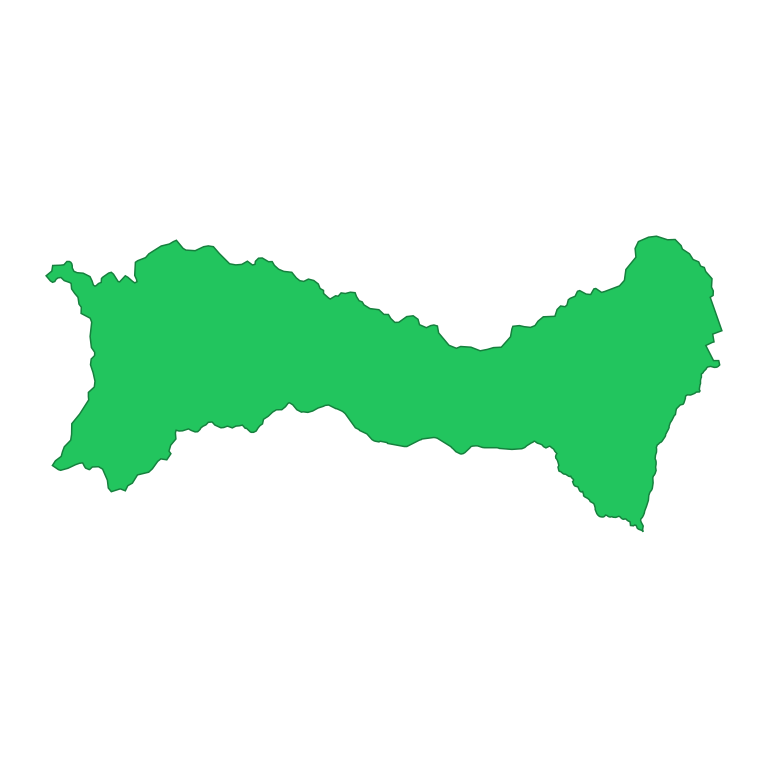 the district of Guichón, Paysandú, Uruguay
{"feature_id": "84410073B13799426117968", "entity_name": "Guichón", "entity_type": "district", "adm_level": 2, "iso_a3": "URY", "parent_name": "Uruguay", "parent_adm1": "Paysandú", "projection": "robinson", "projection_center": [-56.915, -32.321], "detail": "fine", "context": "isolated", "style": "filled", "palette": "green", "viewbox_px": 768, "rotation_deg": 0, "n_neighbors": 0, "source": "geoboundaries", "source_scale": "gbopen_adm2", "svg_char_len": 6061}
<svg xmlns="http://www.w3.org/2000/svg" viewBox="0 0 768 768"><path d="M390.8,318.5L388.4,314.5L383.9,314.4L378.9,309.7L370.0,308.6L364.0,304.9L362.2,301.9L359.1,300.7L356.5,296.6L355.1,292.7L350.4,292.2L345.4,293.5L341.1,292.9L338.2,296.2L335.6,295.8L330.2,299.0L328.6,298.0L323.6,293.5L323.5,290.4L320.1,288.5L318.3,284.0L313.8,280.5L308.4,279.1L303.8,281.4L299.8,280.7L296.3,277.9L291.8,272.3L283.8,271.4L278.6,269.2L274.4,265.4L272.2,261.6L268.5,261.7L262.3,258.0L258.5,258.2L255.4,261.3L255.0,264.3L252.5,265.0L247.4,261.2L241.8,264.4L235.7,264.9L229.6,263.8L219.3,253.5L213.4,246.7L208.3,245.9L203.7,246.7L195.2,250.7L185.9,250.1L183.0,248.3L176.4,240.3L173.4,241.6L169.4,244.0L161.2,246.0L149.0,253.7L145.6,257.6L137.7,260.7L135.4,262.3L134.7,275.4L136.5,279.4L137.0,281.7L134.8,282.9L132.7,281.5L127.9,277.3L125.3,275.8L119.6,281.9L118.1,281.5L113.5,274.2L111.3,272.3L108.6,273.1L102.6,277.3L101.5,278.5L101.2,282.4L98.5,283.5L96.3,285.5L95.0,286.2L93.4,285.1L92.1,281.0L90.0,276.6L83.2,273.2L77.1,272.7L73.9,271.3L72.3,268.0L72.2,265.5L71.8,263.8L70.8,262.3L69.4,261.5L66.9,261.5L63.9,264.8L60.6,265.2L52.7,265.5L51.8,271.1L46.1,275.8L50.4,280.9L52.6,282.3L54.8,281.5L56.1,279.3L58.0,277.9L61.0,277.5L64.2,280.6L69.6,282.5L71.1,283.4L71.6,288.9L74.7,293.4L78.0,297.3L79.0,304.1L81.3,307.2L81.1,313.4L90.2,318.2L91.7,322.2L90.1,336.5L91.4,347.5L94.7,352.3L94.6,355.6L91.2,359.0L90.5,364.8L93.1,372.6L95.0,381.2L94.3,387.0L88.4,392.4L88.4,396.7L88.7,399.9L79.7,414.0L71.8,423.7L71.6,434.3L70.7,440.2L64.3,446.8L62.5,451.7L61.2,456.4L55.4,460.8L52.4,465.5L58.4,469.6L60.6,470.3L67.9,468.3L75.5,464.7L79.4,463.3L82.3,462.9L82.7,463.0L84.6,466.7L85.6,468.1L89.2,469.6L89.7,469.5L92.3,467.0L98.5,466.7L102.6,469.1L107.4,480.2L108.3,488.0L111.3,491.7L119.7,489.0L120.7,489.0L125.3,490.8L127.8,485.7L132.4,483.1L137.5,474.9L148.7,472.2L152.4,468.8L157.7,461.4L160.8,458.9L166.8,459.8L170.9,453.7L169.0,451.1L170.7,445.2L175.9,439.0L175.4,432.9L176.1,430.2L179.0,431.0L182.6,430.8L188.5,428.9L191.2,430.4L195.1,431.9L197.7,431.7L200.0,429.5L200.7,428.1L202.9,426.3L206.0,424.8L208.3,422.3L211.9,422.0L212.4,422.3L214.8,425.0L220.9,427.8L223.8,427.5L227.2,426.2L228.3,426.4L232.3,427.9L235.9,426.1L239.4,425.8L242.4,425.1L245.2,428.3L246.5,428.3L250.3,431.9L251.2,432.3L253.6,432.3L256.2,431.0L258.1,427.9L260.0,425.6L262.5,423.9L263.5,419.3L268.3,416.2L272.6,412.1L276.4,409.8L281.8,409.7L285.5,406.7L287.9,403.5L288.6,403.0L289.5,402.8L292.7,404.7L296.8,409.7L301.4,412.1L303.2,411.8L307.8,412.4L312.7,411.0L318.1,408.0L323.4,406.3L325.2,405.4L328.6,405.0L336.0,408.7L336.8,408.7L341.8,411.0L343.1,411.8L345.2,413.6L355.4,427.8L358.3,429.2L359.3,429.8L359.5,430.4L366.9,433.9L372.0,439.6L374.2,440.9L375.7,441.3L379.0,441.9L380.2,441.2L387.2,442.6L387.5,443.4L404.2,446.5L406.9,446.5L419.5,440.1L421.5,439.5L421.9,439.0L433.5,437.5L435.2,437.6L437.3,438.2L451.3,446.9L451.4,447.4L452.9,448.6L455.9,451.7L460.2,453.8L461.2,454.0L463.2,453.6L464.9,452.6L469.7,448.1L470.8,446.7L472.5,446.1L476.0,445.8L477.7,445.9L482.6,447.5L484.5,447.7L496.8,447.7L498.6,448.0L499.2,448.4L511.9,449.4L521.9,448.7L524.8,447.5L526.8,445.7L531.3,442.9L532.9,442.2L533.9,441.3L534.6,441.2L537.3,443.1L540.5,444.1L542.1,444.9L543.5,446.6L545.9,447.9L549.4,446.2L550.4,446.5L551.5,447.6L553.6,449.0L554.8,451.2L556.9,453.6L556.1,454.8L555.6,456.5L555.8,458.1L556.8,459.3L557.6,460.9L558.5,464.0L558.8,465.6L558.0,467.1L558.7,470.2L559.2,471.3L560.6,471.6L562.9,473.5L564.0,474.1L565.6,474.2L568.6,476.2L569.8,476.5L570.8,476.2L571.3,477.4L573.5,479.5L573.4,480.8L572.6,481.6L573.7,484.6L574.6,485.8L576.3,486.5L577.8,486.7L579.7,490.9L581.2,492.0L582.6,491.5L583.6,494.6L583.6,495.8L584.7,496.8L587.7,498.4L589.5,500.0L590.2,501.5L592.9,503.0L594.1,504.1L595.2,507.9L595.2,509.6L596.8,513.6L597.8,515.0L599.4,516.4L601.2,516.9L603.1,517.0L604.5,516.4L605.5,515.1L606.9,515.4L608.0,516.3L609.3,516.9L610.5,517.0L612.0,516.6L613.0,517.2L615.8,517.4L618.7,516.3L619.9,516.7L621.2,518.1L622.4,519.0L623.8,519.3L625.0,518.8L626.3,519.3L627.4,520.5L630.1,521.9L630.5,525.5L633.5,525.8L634.6,525.0L636.1,525.4L637.4,528.4L639.0,529.4L641.9,530.4L643.2,531.8L642.6,529.5L643.2,526.0L641.2,522.2L640.6,520.4L640.9,518.9L642.3,517.4L643.4,515.4L644.3,513.1L644.7,511.0L646.5,506.3L648.4,500.3L648.8,495.4L649.9,492.3L651.7,489.9L652.3,488.4L653.1,482.9L652.8,477.7L653.4,476.0L654.3,475.0L655.1,473.5L656.1,470.5L655.6,467.1L656.1,464.2L656.1,461.9L655.8,460.3L655.1,458.7L655.5,455.1L656.5,452.1L656.6,449.0L656.3,447.6L656.8,446.1L657.3,444.9L658.6,444.0L659.5,442.9L661.0,442.2L662.1,441.1L665.0,436.8L665.5,435.8L665.7,434.3L668.6,428.9L669.1,427.5L669.1,426.2L670.2,422.9L671.9,420.3L674.3,415.5L675.4,414.6L676.0,410.6L676.5,408.7L680.3,404.9L683.0,404.3L683.8,403.2L684.4,401.5L685.4,398.3L685.4,397.0L685.9,395.8L687.3,394.9L690.5,395.0L691.7,394.6L694.8,393.3L696.3,392.1L699.4,391.9L700.0,390.9L699.4,389.7L699.4,388.6L700.0,384.8L700.5,383.7L700.5,380.4L700.9,378.4L701.4,377.3L701.4,374.0L702.9,372.9L703.7,371.5L706.1,369.1L706.6,368.0L707.6,367.0L710.6,366.4L714.3,367.4L716.1,367.3L717.4,366.9L718.4,366.2L719.7,364.9L718.7,360.6L713.5,360.6L705.8,345.5L712.3,342.4L714.0,341.9L712.7,334.1L721.9,330.7L710.2,297.3L713.1,295.4L713.3,291.0L711.5,287.1L712.0,278.7L705.7,271.5L704.3,267.5L700.6,266.1L698.7,261.9L693.1,259.5L689.5,253.8L682.4,249.1L681.1,245.6L675.1,239.5L667.6,239.8L656.5,236.2L648.5,237.2L638.4,241.6L635.1,248.5L635.9,257.2L625.9,269.5L624.4,280.4L619.5,285.9L604.7,291.5L601.6,292.4L595.8,288.5L593.9,288.9L590.7,294.5L586.2,294.1L579.7,290.6L577.5,291.3L575.1,296.3L570.2,298.3L568.3,299.8L567.0,304.9L565.1,306.7L560.6,306.0L557.1,309.5L554.9,316.3L543.3,316.8L538.0,321.2L535.0,325.6L530.5,327.4L524.3,326.7L519.4,325.6L512.9,326.3L511.9,329.0L510.5,336.8L501.3,347.2L493.5,347.6L487.4,349.4L480.2,350.8L471.0,347.2L460.7,346.5L456.4,348.3L449.0,345.3L438.6,332.9L437.4,326.0L433.9,325.0L430.7,325.6L426.4,327.7L419.5,324.7L418.0,319.3L413.2,315.8L406.7,316.6L398.8,322.3L394.8,322.4L390.8,318.5Z" fill="#22c55e" stroke="#15803d" stroke-width="1.5"/></svg>